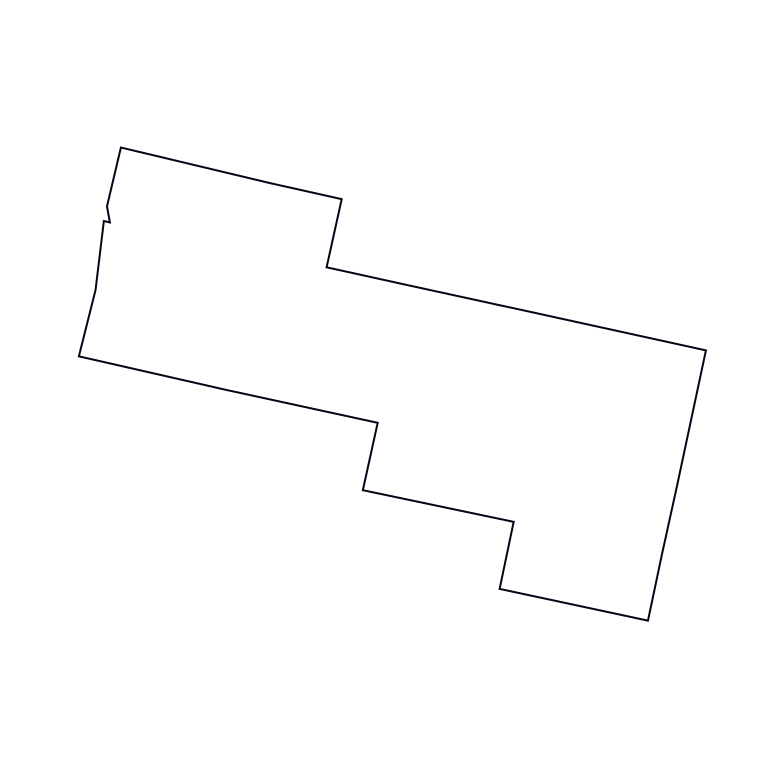 Shawano, Wisconsin, United States of America, rotated 192°
{"feature_id": "52423323B34818409235520", "entity_name": "Shawano", "entity_type": "district", "adm_level": 2, "iso_a3": "USA", "parent_name": "United States of America", "parent_adm1": "Wisconsin", "projection": "natural_earth1", "projection_center": [-88.716, 44.807], "detail": "fine", "context": "isolated", "style": "outline", "palette": "ink", "viewbox_px": 768, "rotation_deg": 192, "n_neighbors": 0, "source": "geoboundaries", "source_scale": "gbopen_adm2", "svg_char_len": 425}
<svg xmlns="http://www.w3.org/2000/svg" viewBox="0 0 768 768"><g transform="rotate(192 384 384)"><path d="M76.1,483.8L276.1,485.1L288.4,485.1L382.0,485.6L464.4,486.2L463.8,556.0L537.5,556.8L690.5,560.6L691.9,500.2L685.7,485.0L691.9,485.2L685.7,415.9L688.2,347.6L537.1,345.4L382.1,344.7L382.6,275.7L228.5,276.1L228.3,207.6L76.6,207.4L76.7,276.0L76.2,344.8L76.1,483.8Z" fill="none" stroke="#020617" stroke-width="2"/></g></svg>